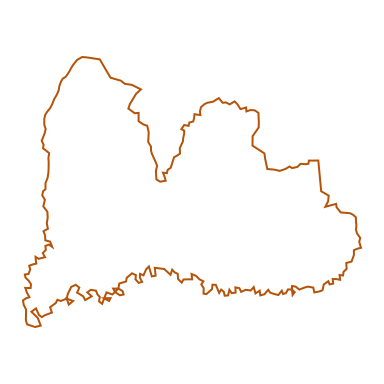 Condor, Rio Grande do Sul, Brazil
{"feature_id": "56859067B96691975921638", "entity_name": "Condor", "entity_type": "district", "adm_level": 2, "iso_a3": "BRA", "parent_name": "Brazil", "parent_adm1": "Rio Grande do Sul", "projection": "mercator", "projection_center": [-53.503, -28.156], "detail": "fine", "context": "isolated", "style": "outline", "palette": "amber", "viewbox_px": 384, "rotation_deg": 0, "n_neighbors": 0, "source": "geoboundaries", "source_scale": "gbopen_adm2", "svg_char_len": 3840}
<svg xmlns="http://www.w3.org/2000/svg" viewBox="0 0 384 384"><path d="M26.1,309.5L25.9,320.5L27.2,324.4L35.0,327.0L40.7,325.6L37.8,318.0L31.4,311.7L36.0,308.4L38.9,314.9L41.8,317.1L44.7,315.3L51.9,312.6L50.1,307.2L55.8,303.0L57.4,299.8L60.8,301.0L66.7,298.6L67.8,293.9L71.2,286.9L75.8,284.8L79.3,287.6L77.1,292.6L83.2,296.3L85.2,300.1L91.7,296.3L87.3,292.4L90.8,289.8L96.0,290.7L97.5,294.5L99.8,297.0L99.0,301.4L102.2,303.8L104.2,298.3L106.5,292.4L109.3,293.4L112.3,294.5L115.0,292.0L113.2,288.6L118.4,288.5L119.3,283.5L126.0,281.5L126.8,277.7L132.0,273.3L135.9,275.1L135.5,279.3L138.7,282.9L142.1,281.9L139.9,277.7L140.0,273.9L143.5,275.3L146.2,269.2L148.9,266.5L151.8,276.4L155.6,275.7L154.8,267.8L164.2,269.0L170.5,274.8L172.2,269.7L174.6,272.3L177.7,273.8L178.1,279.0L181.7,282.6L183.5,279.5L188.0,279.3L192.1,279.3L191.6,274.0L196.2,276.0L199.4,279.3L203.4,281.3L201.3,284.4L203.7,288.2L203.5,293.6L206.4,294.1L212.0,289.1L212.5,284.7L215.8,284.9L219.2,292.9L221.2,289.6L223.8,291.8L224.7,295.7L228.1,295.4L229.4,289.8L231.7,293.2L235.6,292.6L235.4,287.4L239.4,288.2L241.2,291.9L245.6,289.8L250.7,290.5L253.7,287.1L255.5,293.4L259.7,290.7L260.3,295.4L264.4,294.3L268.2,289.8L270.3,292.7L273.9,293.9L278.3,295.0L281.8,290.7L283.1,294.0L285.9,293.1L288.0,289.4L292.0,289.6L292.1,286.0L295.6,286.6L299.3,289.6L303.8,287.8L307.9,286.6L313.3,287.6L314.3,292.4L318.8,291.6L322.5,290.3L323.8,284.4L328.3,281.2L329.6,284.4L333.2,283.6L332.7,279.0L336.3,279.1L340.1,279.8L339.6,275.0L343.0,275.5L343.6,271.7L346.6,269.0L346.3,263.0L351.5,261.6L353.9,255.1L353.9,250.2L357.7,248.6L361.0,247.8L359.2,241.7L360.3,238.0L357.0,233.4L356.0,229.8L356.4,225.1L356.0,221.5L355.9,217.3L353.1,214.8L350.0,213.2L340.7,212.4L336.6,207.3L336.1,203.9L325.3,206.8L328.1,201.4L328.7,195.6L321.2,191.3L318.3,160.5L313.5,160.6L308.9,160.6L308.4,163.8L305.5,164.2L300.6,163.8L297.4,166.9L292.2,168.1L289.5,166.5L285.6,168.9L279.8,170.9L274.2,169.6L267.3,169.0L265.2,159.0L264.4,153.4L252.5,145.6L252.6,136.2L258.7,127.4L258.8,121.1L258.4,112.9L254.9,110.4L250.7,110.0L246.4,111.4L246.1,107.5L240.5,109.1L237.1,103.9L234.6,101.4L229.7,104.4L225.8,102.4L222.7,102.8L218.8,98.1L213.0,101.7L207.2,102.8L204.4,104.2L200.9,107.3L200.0,111.4L200.4,115.1L194.5,114.2L194.1,118.2L193.2,121.5L189.4,122.5L188.6,125.9L184.2,125.0L181.4,129.1L184.2,130.6L184.1,134.0L183.2,138.0L182.9,141.4L179.8,148.1L180.0,153.6L177.2,155.5L174.1,157.2L173.0,160.5L171.7,164.7L170.7,167.8L167.7,169.8L166.9,173.1L163.0,172.7L164.7,177.2L165.7,180.7L160.1,181.7L156.4,179.4L155.9,170.9L157.1,165.8L155.6,161.9L151.9,153.8L151.0,150.3L151.0,146.7L148.2,142.0L148.7,132.2L147.2,125.7L143.6,124.6L138.6,121.2L138.6,112.9L134.7,113.2L128.4,108.6L129.9,104.0L136.1,93.8L140.9,89.4L132.0,84.9L124.8,83.8L120.9,80.7L110.5,77.7L99.8,59.4L87.6,57.5L82.2,57.0L77.2,59.8L73.4,64.5L71.1,68.1L69.6,71.0L67.8,73.9L65.6,76.9L62.8,78.6L60.8,82.0L59.4,86.0L58.6,90.7L56.7,94.9L54.1,99.3L52.2,104.2L50.2,108.0L47.0,112.0L45.2,114.9L44.3,119.0L44.3,124.9L45.7,129.0L44.7,133.1L43.2,137.1L41.7,140.7L43.6,144.8L43.0,148.3L46.1,150.6L49.2,153.2L48.4,157.9L48.7,162.7L48.6,168.1L48.4,172.6L47.6,177.8L45.5,183.0L45.5,189.1L43.2,191.1L42.2,195.3L44.9,199.8L43.3,206.3L47.4,211.9L47.7,217.6L46.8,223.5L47.9,228.8L43.5,231.2L45.1,235.4L45.3,240.3L50.1,241.6L52.2,246.9L48.9,244.6L45.4,245.9L45.8,249.9L42.8,253.1L45.0,257.2L38.6,258.8L35.6,256.9L35.8,260.3L36.3,263.6L32.5,264.5L29.2,265.7L30.2,269.5L28.5,274.0L24.8,274.5L25.6,277.8L28.6,280.6L31.0,284.3L30.6,288.1L25.3,287.9L26.8,292.4L29.4,297.2L26.1,298.3L23.0,300.3L23.7,304.8L26.1,309.5ZM115.0,292.0L119.9,295.3L123.6,294.5L122.7,291.2L118.4,288.5L115.0,292.0ZM66.7,298.6L68.8,304.6L73.1,301.0L66.7,298.6ZM104.2,298.3L109.1,301.0L110.5,298.1L104.2,298.3ZM292.0,289.6L292.6,295.0L294.7,292.2L292.0,289.6Z" fill="none" stroke="#b45309" stroke-width="2"/></svg>